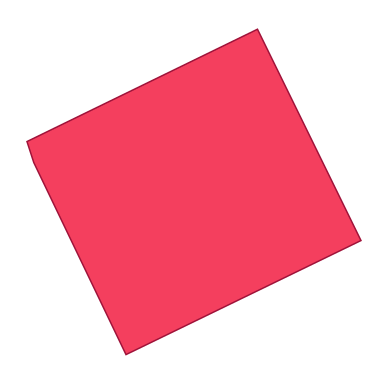 the district of Kent, Texas, United States of America, rotated 64°
{"feature_id": "52423323B63007180209639", "entity_name": "Kent", "entity_type": "district", "adm_level": 2, "iso_a3": "USA", "parent_name": "United States of America", "parent_adm1": "Texas", "projection": "equal_earth", "projection_center": [-100.828, 33.18], "detail": "fine", "context": "isolated", "style": "filled", "palette": "rose", "viewbox_px": 384, "rotation_deg": 64, "n_neighbors": 0, "source": "geoboundaries", "source_scale": "gbopen_adm2", "svg_char_len": 247}
<svg xmlns="http://www.w3.org/2000/svg" viewBox="0 0 384 384"><g transform="rotate(64 192 192)"><path d="M74.4,61.8L74.3,318.2L96.2,321.3L247.4,322.2L309.2,322.6L309.7,61.4L74.4,61.8Z" fill="#f43f5e" stroke="#9f1239" stroke-width="1.5"/></g></svg>